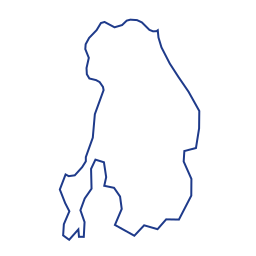 outline of Kasansay, Namangan, Uzbekistan, rotated 356°
{"feature_id": "79887680B51859555841506", "entity_name": "Kasansay", "entity_type": "district", "adm_level": 2, "iso_a3": "UZB", "parent_name": "Uzbekistan", "parent_adm1": "Namangan", "projection": "orthographic", "projection_center": [71.494, 41.166], "detail": "fine", "context": "isolated", "style": "outline", "palette": "blue", "viewbox_px": 256, "rotation_deg": 356, "n_neighbors": 0, "source": "geoboundaries", "source_scale": "gbopen_adm2", "svg_char_len": 969}
<svg xmlns="http://www.w3.org/2000/svg" viewBox="0 0 256 256"><g transform="rotate(356 128 128)"><path d="M55.8,230.6L61.5,235.4L71.4,225.7L71.5,233.1L76.3,233.5L78.1,218.8L74.8,206.7L79.9,195.3L87.4,186.0L88.3,166.2L93.3,157.3L101.6,160.5L102.8,175.5L100.3,184.0L109.9,186.7L115.3,195.8L116.1,208.3L108.2,223.8L126.8,235.9L137.3,226.2L150.4,231.0L159.7,221.8L172.4,222.9L186.4,199.9L187.7,183.2L181.2,165.3L182.6,154.9L194.4,152.7L198.9,133.3L200.3,116.0L190.9,96.0L181.7,80.3L174.2,66.7L167.0,49.9L164.7,39.8L164.5,32.6L163.2,33.4L159.7,33.3L156.2,31.6L149.2,23.6L144.5,21.0L137.9,20.1L134.2,20.8L129.3,24.9L121.6,26.6L112.0,20.6L108.3,21.4L103.5,28.2L95.5,35.4L91.6,41.5L90.9,46.3L93.8,55.3L90.8,65.3L90.7,71.5L92.9,75.9L99.5,78.0L102.9,80.2L105.9,85.3L106.3,88.5L95.9,111.9L92.2,135.2L83.9,154.1L83.6,158.3L79.5,163.9L71.6,171.5L65.5,171.9L62.5,170.0L55.7,184.6L60.1,198.6L63.7,207.0L57.3,219.5L55.8,230.6Z" fill="none" stroke="#1e3a8a" stroke-width="2"/></g></svg>